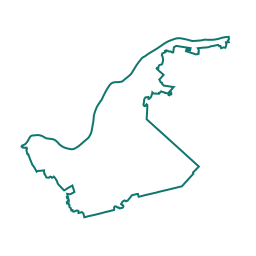 outline of Dunavas pag., Jekabpils, Latvia, rotated 266°
{"feature_id": "27541924B9707023738482", "entity_name": "Dunavas pag.", "entity_type": "district", "adm_level": 2, "iso_a3": "LVA", "parent_name": "Latvia", "parent_adm1": "Jekabpils", "projection": "albers", "projection_center": [26.187, 56.189], "detail": "fine", "context": "isolated", "style": "outline", "palette": "teal", "viewbox_px": 256, "rotation_deg": 266, "n_neighbors": 0, "source": "geoboundaries", "source_scale": "gbopen_adm2", "svg_char_len": 5466}
<svg xmlns="http://www.w3.org/2000/svg" viewBox="0 0 256 256"><g transform="rotate(266 128 128)"><path d="M45.8,100.1L46.4,104.3L46.5,104.4L47.2,108.4L47.4,108.4L47.5,108.5L47.9,108.5L49.7,108.6L49.8,108.6L50.2,109.0L50.4,109.0L50.5,109.2L50.6,109.3L50.7,109.6L50.6,109.9L50.7,110.1L50.7,110.3L50.4,110.9L50.1,111.2L49.4,112.1L49.4,112.4L49.4,112.5L49.5,112.6L49.5,112.9L49.3,113.1L49.1,113.2L49.1,113.4L48.7,113.6L48.5,113.8L48.4,113.9L48.4,114.0L48.4,114.5L48.4,114.8L48.6,115.2L48.6,115.5L48.7,115.9L48.8,116.7L48.9,117.1L49.1,117.3L49.2,117.5L49.7,117.7L50.0,117.9L50.3,117.9L50.9,117.8L51.1,117.7L51.4,117.4L51.7,116.8L52.0,116.2L52.4,115.8L52.6,115.8L53.3,116.2L54.0,116.9L54.3,117.1L54.6,117.2L54.9,117.4L55.2,117.9L55.6,118.6L55.8,118.9L55.9,119.1L55.9,119.4L55.9,119.7L55.9,119.9L55.8,120.1L55.6,120.3L55.1,120.7L55.0,120.9L55.1,121.3L55.3,121.7L55.4,122.0L55.5,122.2L55.5,122.5L56.0,123.0L60.5,127.1L60.7,127.4L60.7,127.5L61.4,131.6L61.5,131.8L61.4,132.0L61.5,133.3L58.7,133.8L58.9,135.5L59.4,138.0L59.9,140.8L61.7,152.4L61.9,152.8L64.5,168.5L66.1,177.7L66.2,177.8L72.3,184.2L72.5,184.4L77.8,190.0L79.1,189.8L81.2,192.2L81.7,192.9L81.9,193.0L84.6,196.0L108.0,173.6L135.4,147.2L140.7,147.9L146.5,148.6L149.6,148.9L150.4,148.1L149.3,147.2L148.9,146.9L148.7,146.7L148.6,146.4L148.7,145.9L148.8,145.9L149.5,145.4L150.3,145.0L152.0,145.6L155.5,146.2L157.3,147.5L157.5,150.4L155.6,150.5L155.7,151.2L155.8,151.2L156.7,152.5L157.7,153.3L160.8,154.6L161.8,154.8L160.7,155.8L160.0,161.1L160.7,161.3L160.5,161.7L162.1,163.3L162.2,163.7L161.7,164.5L161.2,166.3L160.2,167.6L160.4,168.0L160.0,169.3L159.0,170.9L158.7,171.0L158.0,170.9L157.8,171.4L158.7,171.7L158.3,172.9L158.4,173.2L158.7,173.6L159.4,173.6L160.5,173.5L160.9,171.5L165.7,176.4L166.1,174.0L166.2,173.8L166.7,171.8L167.8,166.7L168.1,166.4L168.8,165.8L169.2,165.3L169.6,165.2L170.2,165.2L170.5,165.1L170.8,165.0L170.9,164.9L171.0,164.7L171.0,164.3L171.1,164.1L171.4,163.8L172.9,163.1L173.4,162.9L173.9,162.9L174.2,162.7L174.3,162.9L178.5,167.2L180.9,164.9L182.2,163.5L185.3,160.7L185.8,161.0L184.9,162.3L187.3,162.7L188.3,163.4L188.7,164.0L189.0,166.0L189.5,166.6L192.9,167.7L193.2,167.8L196.3,167.5L197.2,167.4L197.6,167.1L197.9,166.8L199.9,167.3L200.6,169.4L200.8,169.4L201.4,171.0L202.4,170.4L202.7,171.0L202.7,172.0L201.9,173.5L201.4,174.3L201.4,175.9L200.2,177.6L200.4,178.4L201.2,178.6L205.3,179.4L206.4,181.6L206.5,182.0L203.3,196.0L201.3,195.3L202.3,191.8L202.2,191.7L201.8,191.6L200.6,191.2L196.7,200.9L196.9,203.4L198.4,203.5L198.4,203.8L198.6,203.8L198.9,203.8L199.0,203.9L199.7,203.8L200.3,204.0L200.9,204.0L202.1,203.7L202.3,203.5L202.3,203.4L202.7,203.2L202.9,207.8L202.9,212.2L203.0,214.2L203.6,215.7L203.7,215.9L203.7,216.6L204.6,223.8L203.2,224.7L203.3,225.9L201.1,226.5L201.5,227.9L201.7,228.7L201.6,229.5L201.3,230.7L202.8,231.4L204.6,232.0L204.9,232.0L205.1,232.1L205.4,231.8L205.7,231.7L206.7,231.6L206.7,232.5L206.7,233.4L206.6,233.9L206.6,234.5L207.2,234.3L208.2,234.0L208.5,233.8L208.8,234.3L209.2,234.6L209.8,234.9L211.9,234.8L211.8,231.2L211.6,229.0L211.3,227.3L210.7,224.9L210.2,221.2L210.1,217.9L210.4,214.1L210.8,210.4L210.3,207.3L210.2,202.3L210.3,198.1L211.9,193.6L213.3,188.8L214.0,185.8L214.0,182.4L212.9,178.2L211.8,174.5L210.3,171.2L208.8,168.6L206.8,165.2L205.3,162.7L203.8,159.7L202.3,156.8L200.6,153.5L198.3,149.8L197.7,148.3L196.5,146.5L194.8,145.0L193.0,143.3L190.5,141.2L184.5,136.9L181.9,135.0L180.3,133.2L178.2,130.2L176.6,127.9L174.9,125.6L174.6,124.2L174.5,122.9L174.4,121.0L174.6,119.1L174.5,117.3L174.2,115.7L173.5,114.3L172.5,113.1L171.0,111.9L168.7,110.1L165.8,108.2L161.7,105.7L158.0,103.7L156.8,102.6L153.8,100.2L151.0,98.3L147.3,96.5L142.9,94.8L141.1,94.6L137.0,93.9L127.2,91.4L125.5,90.8L123.6,89.7L121.8,88.5L120.4,87.1L118.7,84.7L113.5,77.8L111.6,74.3L111.0,72.7L110.7,71.4L110.8,69.8L111.6,66.8L112.3,64.6L113.1,62.9L114.1,61.2L115.8,59.1L116.8,58.2L119.2,56.3L119.8,55.7L121.0,54.3L121.9,52.8L122.5,50.4L122.9,48.2L123.3,46.2L123.5,45.7L124.1,44.5L125.0,43.4L126.2,41.3L126.8,39.8L127.3,37.2L127.2,35.2L127.2,32.7L127.1,31.5L126.8,30.7L126.2,29.9L124.7,28.8L122.2,27.2L120.6,26.0L119.1,24.4L118.4,22.9L117.8,21.1L116.9,21.4L116.3,21.6L116.2,21.6L116.1,21.3L116.1,21.2L116.0,21.3L115.9,21.7L115.8,21.9L115.7,22.0L115.6,22.9L115.5,23.1L115.5,23.6L115.5,23.8L115.5,24.0L115.4,24.3L115.4,24.5L115.6,24.7L115.6,24.8L115.5,25.3L115.4,25.5L115.0,25.7L114.8,25.6L114.7,25.5L114.2,25.6L114.1,25.4L113.6,25.3L113.2,25.1L112.9,25.1L112.5,25.2L112.2,25.3L111.5,25.3L111.3,25.3L111.0,25.5L110.5,25.7L110.0,25.6L109.7,25.8L109.3,25.7L109.2,25.8L109.1,26.1L108.7,26.2L108.7,26.6L108.6,26.8L108.2,26.8L106.6,27.3L106.0,27.5L104.1,28.0L101.1,29.0L98.0,30.0L96.5,31.0L94.6,32.1L90.8,33.8L91.3,34.5L91.5,35.7L91.4,37.5L91.6,41.1L91.6,41.3L90.6,41.2L88.2,41.3L88.1,41.7L86.7,42.1L86.1,42.5L84.6,43.0L84.3,43.2L84.0,44.9L84.0,45.6L84.1,45.9L84.6,46.4L84.7,46.5L84.9,47.0L84.5,48.0L84.3,48.1L83.7,48.5L83.6,48.8L84.1,49.8L84.7,50.5L84.1,51.1L83.0,51.9L80.9,52.9L80.3,53.3L77.7,54.0L77.2,54.2L76.3,54.8L70.2,59.9L70.8,61.3L72.0,63.3L74.5,68.5L67.9,70.1L66.4,66.9L65.9,65.6L66.6,62.7L63.8,63.2L63.4,62.1L62.2,62.4L62.5,63.4L60.0,63.9L60.0,63.3L58.1,61.7L57.3,61.9L56.8,62.1L57.4,63.5L56.6,63.3L55.3,64.2L55.1,63.9L53.4,64.1L53.0,64.2L52.5,64.8L52.1,65.3L49.8,65.7L50.0,66.9L48.8,67.0L48.3,68.2L48.6,69.2L49.3,70.8L48.8,72.7L46.6,72.7L47.3,76.2L45.9,77.5L42.0,78.2L42.5,81.1L42.7,81.9L43.8,89.3L44.7,94.4L45.8,100.1Z" fill="none" stroke="#0f766e" stroke-width="2"/></g></svg>